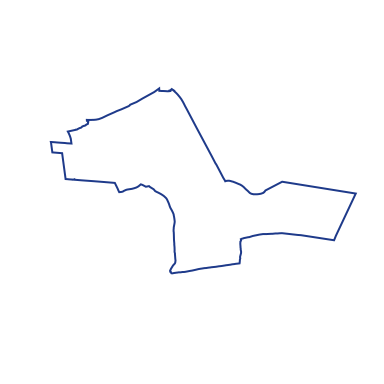 Diemen, Noord-Holland, Netherlands (Robinson projection), rotated 28°
{"feature_id": "6326949B31079897562518", "entity_name": "Diemen", "entity_type": "district", "adm_level": 2, "iso_a3": "NLD", "parent_name": "Netherlands", "parent_adm1": "Noord-Holland", "projection": "robinson", "projection_center": [4.985, 52.335], "detail": "fine", "context": "isolated", "style": "outline", "palette": "blue", "viewbox_px": 384, "rotation_deg": 28, "n_neighbors": 0, "source": "geoboundaries", "source_scale": "gbopen_adm2", "svg_char_len": 5724}
<svg xmlns="http://www.w3.org/2000/svg" viewBox="0 0 384 384"><g transform="rotate(28 192 192)"><path d="M267.5,232.7L267.4,232.3L266.1,229.3L266.0,229.1L266.0,228.9L265.9,228.6L265.8,228.1L265.7,228.0L265.6,227.8L265.6,227.7L265.4,227.5L265.3,227.4L265.0,226.9L264.8,226.4L264.6,225.5L264.0,223.0L263.6,222.1L263.2,221.4L262.7,220.8L262.1,220.1L261.5,219.0L261.2,218.6L260.6,217.8L260.4,217.3L259.4,215.8L259.2,215.4L259.0,215.1L258.8,214.7L258.6,214.4L258.4,213.8L258.1,213.3L258.0,213.1L258.0,212.9L258.1,212.7L258.1,212.4L258.0,211.9L258.0,211.6L257.8,211.4L257.5,210.9L257.3,210.7L258.2,209.6L258.6,209.3L258.8,209.1L259.0,208.9L259.5,208.3L260.5,207.5L263.0,205.4L263.3,205.3L263.5,205.2L266.4,202.2L267.3,201.5L267.5,201.3L267.6,201.2L268.6,200.4L271.6,197.9L273.1,196.8L274.6,195.7L276.5,194.7L277.8,194.0L281.1,192.0L282.7,191.1L285.2,189.4L287.1,188.4L288.6,187.4L290.1,186.5L290.4,186.3L290.7,186.2L291.3,185.9L305.5,180.3L308.4,179.0L340.1,167.9L339.6,163.0L337.3,116.5L266.8,140.6L256.1,156.2L256.0,157.4L255.8,158.0L255.6,158.4L255.7,158.5L255.5,158.9L255.4,159.2L255.2,159.5L254.9,159.8L254.6,160.1L254.3,160.5L254.0,160.8L253.6,161.2L253.1,161.6L252.7,161.9L252.1,162.4L250.9,163.2L250.4,163.5L249.7,163.9L249.0,164.3L248.3,164.6L248.0,164.8L247.7,165.0L247.4,165.1L247.0,165.2L246.4,165.4L246.0,165.5L245.2,165.7L244.9,165.7L244.4,165.7L244.0,165.7L243.6,165.7L243.3,165.6L242.9,165.5L242.7,165.5L241.9,165.2L241.2,165.0L240.5,164.8L239.6,164.6L238.7,164.4L237.0,163.9L235.8,163.5L235.1,163.3L234.6,163.2L233.8,163.1L232.9,162.9L232.6,162.9L232.1,162.9L231.7,162.9L231.4,162.8L230.9,162.9L230.4,162.9L229.9,163.0L226.3,163.3L225.4,163.4L224.8,163.5L223.7,163.6L222.8,163.8L222.0,164.0L220.9,164.2L220.6,164.3L219.9,164.5L219.3,164.7L218.8,165.0L218.4,165.2L218.1,165.4L217.7,165.7L217.2,166.0L216.3,166.9L215.5,166.3L213.1,164.9L212.5,164.5L204.2,158.8L201.1,156.7L200.5,156.3L200.2,156.1L199.9,156.0L199.6,155.9L199.3,155.7L192.9,151.3L165.8,133.1L148.6,121.4L145.4,119.3L143.9,118.2L141.7,116.7L140.7,116.1L139.7,115.5L138.9,115.0L137.6,114.4L136.8,114.0L135.6,113.5L134.6,113.1L133.7,112.7L131.6,112.0L130.4,111.7L128.3,111.1L128.4,110.9L127.7,110.8L127.6,111.0L125.8,110.6L125.1,112.4L125.0,112.5L125.6,112.6L125.6,112.9L125.2,113.2L124.7,113.6L124.4,113.7L123.9,114.1L123.2,114.5L121.9,115.1L121.2,115.4L120.7,115.6L120.2,115.9L119.2,116.3L117.5,117.2L116.8,117.5L116.5,117.6L116.0,117.8L115.8,117.9L115.7,118.0L115.1,117.2L114.4,116.0L111.7,121.5L104.4,132.7L100.8,138.6L96.4,144.0L96.3,144.9L95.7,146.0L90.8,152.2L87.5,156.0L86.2,157.8L81.4,163.9L77.9,168.7L75.5,171.4L73.4,173.1L71.9,174.1L67.9,176.4L65.3,177.7L65.8,178.5L66.6,178.3L67.2,178.1L67.6,179.2L67.5,179.3L67.7,179.7L68.0,180.4L68.1,180.7L68.0,180.9L67.8,181.1L67.7,181.3L67.2,181.8L67.1,182.1L66.9,182.4L66.8,182.6L66.8,182.9L66.8,183.0L66.7,183.2L66.5,183.3L66.4,183.4L66.2,183.8L65.9,184.1L65.2,184.6L65.0,184.9L64.9,185.1L64.7,185.3L64.5,185.5L64.4,185.6L64.3,185.8L64.2,186.4L64.1,186.7L64.0,187.0L63.8,187.2L63.7,187.4L63.3,187.8L63.0,188.1L62.9,188.2L62.5,188.6L62.3,189.0L62.1,189.3L61.6,189.9L61.6,190.0L61.2,190.7L61.1,190.8L61.0,191.0L60.9,191.1L60.2,191.4L60.1,191.5L60.0,191.8L54.0,196.9L55.9,198.2L56.2,198.5L57.5,199.5L58.8,200.7L60.0,201.9L61.0,203.3L62.8,205.8L58.9,207.6L56.8,208.4L52.4,210.4L50.1,211.4L47.5,212.5L45.0,213.6L44.3,213.9L43.9,214.1L44.5,214.8L50.1,222.6L59.1,218.7L65.7,227.9L68.5,231.8L74.3,239.9L76.6,238.9L77.6,238.5L81.4,236.8L81.5,236.7L81.5,236.8L81.9,236.6L86.3,234.7L89.1,233.5L99.7,228.8L104.3,226.8L108.9,224.8L119.6,220.2L123.6,223.1L124.7,223.9L125.2,224.3L125.9,224.9L127.8,226.3L128.3,226.0L129.3,225.3L129.6,225.1L130.0,224.8L130.2,224.6L130.4,224.4L130.6,224.2L130.8,224.0L131.0,223.6L131.2,223.2L132.6,221.3L133.6,220.3L137.5,217.4L139.3,215.7L140.8,214.1L141.8,212.6L142.3,211.6L143.2,209.3L144.2,209.1L145.2,209.0L146.4,209.0L148.8,209.0L151.3,207.0L152.5,207.3L156.9,207.6L159.1,208.5L159.6,208.5L160.1,208.5L161.0,208.5L162.5,208.4L163.8,208.4L165.2,208.4L166.9,208.5L167.7,208.6L168.7,208.7L169.6,208.9L171.1,209.3L172.1,209.6L172.6,209.8L173.0,210.1L173.7,210.5L174.2,210.9L175.9,212.2L176.9,213.0L178.4,214.4L178.9,214.9L179.7,215.6L180.6,216.3L181.7,217.0L181.9,217.1L183.8,218.4L185.0,219.3L185.5,219.7L186.4,220.5L186.7,221.0L187.8,222.3L189.0,223.9L189.7,224.9L190.2,225.6L190.7,226.4L190.9,226.9L191.2,227.7L191.5,228.6L191.9,229.9L192.5,231.8L192.9,232.6L193.3,233.6L194.1,235.2L194.4,235.6L194.6,235.8L195.9,238.0L198.5,242.6L200.8,246.2L200.9,246.4L200.9,246.5L201.0,246.7L201.2,247.0L201.8,247.9L202.7,249.3L202.9,249.7L203.2,250.2L204.0,251.6L204.3,252.3L204.6,252.8L204.9,253.3L205.4,253.8L205.8,254.3L206.0,254.6L206.3,255.2L206.5,255.5L206.9,256.1L208.6,258.8L209.3,259.8L209.6,260.2L209.8,260.8L210.1,261.5L210.3,262.1L210.4,262.7L210.4,263.0L210.4,263.3L210.3,263.6L210.1,264.4L210.0,264.8L209.8,265.5L209.7,266.0L209.7,266.5L209.7,267.1L209.6,267.8L209.6,268.4L209.5,269.2L209.5,270.1L209.6,270.4L209.6,270.6L209.6,270.9L209.5,271.5L209.7,271.9L209.9,272.2L210.2,272.6L210.7,272.4L210.8,272.5L211.1,272.8L211.9,273.4L212.6,273.2L213.4,272.6L214.1,272.0L214.3,271.9L214.5,271.7L215.1,271.3L216.0,270.6L216.8,270.1L217.4,269.6L218.1,269.1L218.9,268.7L219.6,268.3L220.0,268.0L221.3,267.0L222.6,266.3L223.1,266.0L225.1,264.4L226.8,263.0L227.7,262.3L228.9,261.4L231.7,259.0L233.6,257.3L234.2,256.8L235.9,255.5L236.6,255.0L238.3,253.7L239.0,253.2L239.9,252.7L242.0,251.1L242.7,250.6L243.5,250.1L244.2,249.5L245.1,248.9L246.9,247.7L247.2,247.5L248.1,246.9L249.8,245.6L250.7,244.9L251.5,244.4L252.8,243.5L255.7,241.3L256.3,240.8L257.6,239.9L260.1,238.1L261.4,237.0L263.3,235.7L264.3,234.9L266.5,233.4L267.5,232.7Z" fill="none" stroke="#1e3a8a" stroke-width="2"/></g></svg>